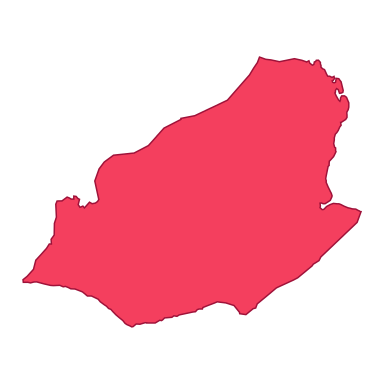 outline of Upper Niumi, North Bank, Gambia
{"feature_id": "56634734B28238259284132", "entity_name": "Upper Niumi", "entity_type": "district", "adm_level": 2, "iso_a3": "GMB", "parent_name": "Gambia", "parent_adm1": "North Bank", "projection": "natural_earth1", "projection_center": [-16.326, 13.431], "detail": "fine", "context": "isolated", "style": "filled", "palette": "rose", "viewbox_px": 384, "rotation_deg": 0, "n_neighbors": 0, "source": "geoboundaries", "source_scale": "gbopen_adm2", "svg_char_len": 3532}
<svg xmlns="http://www.w3.org/2000/svg" viewBox="0 0 384 384"><path d="M259.5,57.1L257.4,62.6L256.3,64.2L253.6,68.2L253.0,69.2L251.9,71.0L249.3,75.3L249.2,75.3L241.4,84.2L232.9,93.9L228.9,98.5L227.4,100.2L211.3,107.9L211.0,108.0L194.8,115.7L180.9,118.4L181.0,119.4L164.0,128.1L159.8,132.8L159.4,133.3L157.2,135.7L156.3,136.8L150.3,143.5L148.4,145.6L134.0,153.1L131.4,153.3L128.8,153.6L113.5,155.2L113.1,155.5L105.9,160.8L104.2,162.1L99.1,168.9L94.8,181.0L97.6,194.0L98.8,199.5L98.7,199.6L97.7,201.3L96.9,202.0L95.4,203.1L92.1,203.7L89.5,202.2L84.8,207.5L84.4,207.9L82.9,206.1L80.0,207.3L78.2,204.7L79.5,199.3L77.9,198.5L76.1,196.4L73.8,196.1L73.8,199.1L71.2,199.1L69.2,197.9L67.1,197.1L62.0,200.9L57.3,201.0L57.1,201.0L55.8,204.2L56.4,217.2L54.4,223.4L54.4,224.1L54.2,235.0L51.1,239.3L51.4,244.0L49.3,244.0L46.5,248.4L40.5,255.1L35.8,260.2L34.3,266.1L33.5,269.3L27.1,276.4L23.0,279.7L23.3,282.3L27.9,282.3L30.5,282.9L33.9,282.0L36.7,281.9L44.1,283.9L50.6,285.4L53.4,285.6L59.8,285.3L63.2,286.8L65.5,286.4L67.5,287.2L69.1,287.9L70.7,288.8L75.0,289.0L79.7,290.8L79.8,290.8L82.5,291.9L87.4,296.0L91.5,296.0L98.2,299.2L99.4,300.7L100.3,301.8L104.2,304.7L106.5,306.2L108.6,308.5L110.9,309.4L113.2,312.0L114.0,312.8L115.8,314.7L119.2,317.6L122.8,320.5L124.7,322.9L125.1,323.4L126.9,324.6L129.7,325.8L131.8,326.9L133.1,326.6L136.2,324.0L140.0,324.2L145.1,322.7L146.7,322.8L146.7,323.0L155.2,323.0L159.7,320.3L160.0,320.3L161.5,320.6L162.6,319.9L164.6,317.9L171.9,317.3L173.9,315.8L174.4,315.9L176.3,316.2L177.0,316.3L179.3,314.9L192.9,312.0L195.5,311.7L197.3,309.6L199.1,309.0L200.3,309.0L202.4,309.0L202.9,307.5L207.9,305.5L214.5,303.0L217.3,301.8L219.3,302.1L225.8,302.9L234.0,305.5L239.5,312.3L239.7,313.7L245.9,314.6L253.1,308.7L255.7,308.0L257.2,303.9L266.5,296.2L276.4,287.9L277.4,287.4L293.3,280.1L297.7,277.8L312.1,265.9L313.3,264.1L315.2,263.0L319.0,260.6L320.8,257.0L357.1,222.4L360.9,212.0L361.0,211.7L360.4,211.7L359.5,211.0L357.9,210.3L355.8,209.1L352.5,208.9L349.9,208.2L348.0,207.8L344.1,206.2L340.8,204.5L338.9,203.8L337.1,203.8L333.4,203.4L330.1,204.6L326.6,206.5L323.9,209.3L322.9,209.6L322.1,209.6L320.3,207.9L320.0,207.7L320.4,206.1L320.1,203.7L320.0,203.2L321.4,203.0L323.1,203.7L323.5,203.7L325.1,203.7L328.6,201.5L330.3,200.3L331.7,197.3L332.1,195.9L331.3,193.3L330.4,191.6L328.6,187.9L328.0,186.7L326.1,182.2L326.3,181.0L325.7,178.7L326.1,176.3L328.1,166.4L329.1,165.5L329.1,164.3L329.3,161.2L329.9,160.7L333.6,156.6L334.4,155.0L336.0,151.7L335.6,150.7L335.6,147.9L334.6,147.2L333.7,143.7L334.3,139.9L334.3,137.8L335.3,134.2L336.8,132.6L338.2,130.5L339.8,126.9L341.1,125.3L340.6,122.4L341.2,122.4L345.3,119.7L345.6,119.6L347.0,117.4L347.0,114.9L346.8,113.2L346.8,112.9L347.0,111.8L348.2,109.7L348.8,107.1L348.8,102.8L346.5,97.3L344.6,95.9L344.0,95.9L341.7,95.9L340.5,98.0L340.5,99.9L339.9,101.3L338.5,99.9L337.7,98.5L336.0,95.5L334.9,92.9L335.4,92.4L335.5,90.3L336.6,88.6L338.2,89.6L339.5,93.3L341.1,93.1L342.8,92.4L343.2,90.5L341.1,81.8L339.7,80.0L338.8,78.7L336.1,78.3L336.1,79.0L335.5,82.3L334.1,82.8L332.6,82.3L332.2,80.7L333.4,80.2L334.5,78.5L334.0,76.4L332.0,77.4L329.7,76.2L327.7,76.2L326.2,73.4L326.0,72.8L324.5,69.6L322.5,68.7L321.7,67.8L321.4,67.5L321.0,67.1L321.0,65.4L320.4,64.0L320.4,62.4L318.5,60.2L316.3,60.3L315.5,61.7L314.4,61.9L313.8,64.5L312.4,65.2L309.7,63.1L308.9,60.8L306.6,62.0L306.5,61.9L301.9,60.3L295.4,58.9L294.4,58.7L287.4,60.1L287.0,60.2L280.4,61.5L279.4,61.7L277.6,61.3L270.9,59.9L270.0,59.8L265.7,59.3L260.8,57.5L259.5,57.1Z" fill="#f43f5e" stroke="#9f1239" stroke-width="1.5"/></svg>